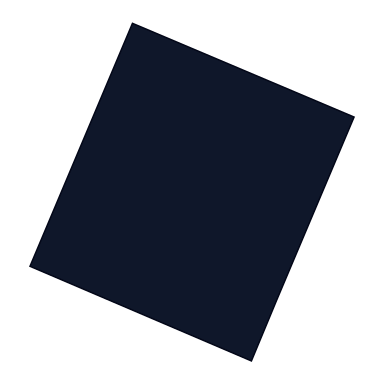 Cherokee, Iowa, United States of America (Robinson projection), rotated 293°
{"feature_id": "52423323B93733047686760", "entity_name": "Cherokee", "entity_type": "district", "adm_level": 2, "iso_a3": "USA", "parent_name": "United States of America", "parent_adm1": "Iowa", "projection": "robinson", "projection_center": [-95.604, 42.735], "detail": "fine", "context": "isolated", "style": "filled", "palette": "ink", "viewbox_px": 384, "rotation_deg": 293, "n_neighbors": 0, "source": "geoboundaries", "source_scale": "gbopen_adm2", "svg_char_len": 238}
<svg xmlns="http://www.w3.org/2000/svg" viewBox="0 0 384 384"><g transform="rotate(293 192 192)"><path d="M324.0,71.3L60.3,71.9L59.7,312.7L126.0,312.2L324.3,311.9L324.0,71.3Z" fill="#0f172a" stroke="#020617" stroke-width="1.5"/></g></svg>